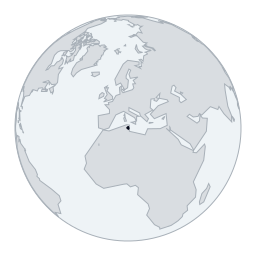 the Earth from above Kairouan, rotated 350°
{"feature_id": "TUN-118", "entity_name": "Kairouan", "entity_type": "Governorate", "adm_level": 1, "iso_a3": "TUN", "parent_name": "Tunisia", "parent_adm1": "", "projection": "orthographic", "projection_center": [9.864, 35.574], "detail": "fine", "context": "on_globe", "style": "filled", "palette": "ink", "viewbox_px": 256, "rotation_deg": 350, "n_neighbors": 0, "source": "natural_earth", "source_scale": "10m", "svg_char_len": 9799}
<svg xmlns="http://www.w3.org/2000/svg" viewBox="0 0 256 256"><g transform="rotate(350 128 128)"><circle cx="128" cy="128" r="113" fill="#eef3f6" stroke="#a8b0b8"/><path d="M70.5,31.2L74.5,29.1L71.4,30.8L73.7,29.7L77.7,27.6L79.8,26.6L93.0,22.2L106.6,18.6L109.8,17.5L109.9,18.0L115.2,16.2L121.9,15.5L115.0,16.4L114.8,16.6L119.7,16.0L120.5,16.2L123.4,16.1L124.0,16.5L119.9,17.2L120.2,17.6L123.6,17.2L126.4,17.5L121.3,18.0L125.6,18.7L119.6,20.8L105.5,22.9L102.8,25.4L90.0,31.3L91.8,31.5L88.1,34.2L88.8,35.5L86.2,36.5L89.0,36.7L91.2,35.6L93.1,35.4L93.8,36.1L90.6,37.4L89.8,37.2L89.2,38.0L87.4,38.4L88.6,38.7L84.7,40.4L89.4,39.9L87.0,42.2L84.2,43.0L83.4,41.4L74.9,40.2L71.8,41.0L68.2,43.6L63.7,51.4L60.7,53.2L57.4,56.7L59.6,56.3L62.9,53.5L66.0,53.8L69.7,50.6L71.5,50.4L75.7,47.9L76.2,50.1L74.4,53.6L71.0,55.9L70.1,57.6L74.3,57.1L68.7,63.2L66.6,70.7L65.1,72.3L60.4,72.0L58.0,67.5L51.9,68.2L57.0,69.7L53.0,74.1L52.8,75.7L53.7,76.8L55.6,76.0L54.5,78.0L49.1,77.0L50.0,75.1L51.7,75.4L50.6,73.5L46.9,73.3L45.1,75.8L41.4,73.8L40.1,75.6L38.5,76.4L40.8,73.5L36.6,78.8L31.9,79.0L26.1,88.7L30.6,78.7L31.4,75.5L31.9,72.7L30.9,74.1L33.0,69.1L32.5,68.6L29.2,73.9L33.6,66.5L38.6,59.5L44.1,52.9L50.0,46.7L56.4,41.0L63.3,35.8L70.5,31.2ZM24.6,83.2L23.5,86.2L24.5,84.4L24.0,87.0L20.9,93.3L19.5,100.3L17.7,106.2L16.8,111.3L16.9,113.3L16.8,118.0L17.9,116.2L19.2,117.6L18.0,123.1L19.6,120.0L19.7,124.5L22.9,131.1L22.3,131.8L24.9,143.9L29.6,152.8L30.7,158.1L29.9,159.8L32.0,162.6L32.0,164.3L42.0,174.8L48.6,182.8L49.3,188.1L45.8,191.0L47.0,200.6L41.8,198.5L43.5,201.8L44.3,203.4L39.0,197.0L34.2,190.3L29.9,183.3L26.1,176.0L22.8,168.4L20.2,160.6L18.1,152.6L16.6,144.5L15.7,136.3L15.4,128.0L15.8,125.3L16.6,117.0L16.7,114.4L16.3,115.6L17.6,106.0L19.3,98.8L20.8,93.5L24.6,83.2ZM24.4,91.5L22.9,102.6L22.1,99.4L22.6,99.3L23.3,95.8L24.1,91.0L23.9,88.7L24.4,91.5ZM27.3,89.4L27.5,87.9L27.6,89.0L27.3,89.4ZM80.5,26.1L77.7,27.6L73.8,29.6L76.0,28.3L80.5,26.1ZM88.1,23.1L87.0,23.7L84.6,24.4L86.0,23.8L88.1,23.1ZM111.8,16.8L109.4,17.2L111.5,16.8L111.8,16.8ZM123.7,16.0L124.1,15.9L125.4,16.0L123.7,16.0ZM75.1,47.0L75.4,47.5L74.5,47.6L75.1,47.0ZM76.7,45.5L75.5,45.4L76.0,44.7L76.8,44.8L76.7,45.5ZM127.5,16.6L129.4,16.9L126.7,16.7L127.5,16.6ZM78.1,45.9L77.2,43.5L78.2,42.4L81.9,41.8L78.1,45.9ZM130.1,17.1L134.8,18.0L136.2,17.7L134.9,19.3L131.3,17.9L127.8,17.6L130.0,17.5L130.1,17.1ZM91.6,34.9L89.3,36.2L90.7,34.5L91.6,34.9ZM92.0,33.9L93.5,29.6L97.3,28.4L96.0,29.9L100.4,28.0L101.5,29.4L99.4,30.9L96.7,31.3L99.2,31.6L92.0,33.9ZM133.5,20.2L134.0,20.7L132.7,20.4L133.5,20.2ZM94.0,35.2L94.0,34.3L97.2,33.1L97.9,34.6L96.6,34.5L94.0,35.2ZM101.0,26.8L103.6,26.3L105.2,27.3L106.4,27.3L101.9,29.4L101.0,26.8ZM96.2,35.1L98.2,35.4L97.2,36.7L94.3,35.9L96.2,35.1ZM97.8,32.2L99.4,31.8L98.7,32.5L97.8,32.2ZM94.8,41.8L94.7,40.6L96.4,39.8L94.8,41.8ZM99.0,35.5L99.3,35.0L99.9,34.6L101.0,35.1L99.0,35.5ZM103.3,30.0L103.4,30.6L105.2,29.2L106.5,30.1L103.3,31.4L105.2,31.2L105.6,31.4L102.5,32.2L103.3,30.0ZM104.0,34.5L100.4,36.7L100.2,38.9L98.7,39.6L99.2,35.9L104.0,34.5ZM103.4,33.1L103.4,34.1L101.6,34.3L100.4,33.8L103.4,33.1ZM108.5,30.3L107.4,28.6L108.1,28.4L108.5,30.3ZM104.3,35.1L105.2,34.6L104.6,35.2L104.3,35.1ZM107.7,31.6L107.2,31.0L108.0,30.8L107.7,31.6ZM107.4,34.1L106.2,34.7L105.4,34.4L107.4,34.1ZM107.8,32.9L109.1,32.8L105.8,33.8L107.4,32.7L107.8,32.9ZM108.5,31.5L108.9,31.2L108.6,31.8L108.5,31.5ZM111.3,35.3L107.3,36.8L105.4,35.8L109.5,34.5L111.3,35.3ZM237.9,103.4L238.9,108.3L238.5,106.4L237.6,106.5L239.2,114.0L240.0,115.7L240.1,116.7L240.5,121.7L240.5,121.8L239.9,117.4L239.6,117.3L238.4,111.1L235.6,104.3L235.7,108.9L234.5,105.4L230.7,101.4L230.2,108.0L230.1,124.0L232.1,133.6L231.2,140.0L225.0,130.7L221.3,122.6L219.7,125.4L212.8,121.3L202.8,128.1L200.9,126.2L199.1,128.7L194.2,128.5L190.9,125.2L188.2,126.9L196.8,135.2L199.6,133.5L201.2,127.7L203.1,131.1L207.8,132.2L204.6,144.8L188.9,161.2L186.4,154.3L169.6,137.4L169.6,134.8L169.5,134.5L169.3,134.1L168.7,138.5L165.5,134.9L175.4,147.8L177.5,153.8L188.6,161.7L187.8,163.3L191.1,164.3L200.6,157.1L200.9,159.6L197.0,172.8L183.0,192.4L184.4,200.5L182.5,207.8L172.7,214.9L172.4,219.4L167.2,222.2L166.1,224.7L161.3,228.0L153.6,231.4L141.8,233.1L141.9,231.3L137.3,227.8L131.3,217.0L135.2,211.1L134.6,206.3L125.9,195.3L127.9,188.5L125.3,185.7L120.2,186.4L117.2,182.8L114.0,182.6L93.6,183.2L86.9,177.6L77.7,160.9L81.0,155.5L80.8,148.1L103.1,125.6L108.8,127.6L127.4,124.5L129.9,125.4L128.8,131.5L143.6,137.7L147.2,132.2L159.6,134.2L167.1,132.2L168.0,120.4L155.6,123.4L152.4,118.3L161.6,111.3L172.3,109.0L171.4,107.0L163.8,104.1L165.4,99.5L161.0,102.8L163.4,104.5L160.8,106.7L158.4,105.4L159.1,103.7L155.6,103.5L153.4,112.0L155.6,114.6L147.0,117.6L149.8,122.3L147.8,125.1L142.3,118.1L142.1,115.2L132.5,108.0L131.8,111.3L140.9,118.4L138.5,118.1L137.6,123.0L136.3,119.0L126.6,110.8L118.3,113.0L109.2,124.7L104.0,125.4L99.0,122.7L100.8,110.7L112.2,110.5L113.0,106.7L109.4,101.1L113.2,101.7L113.1,99.5L117.3,99.2L121.9,93.9L126.0,93.3L126.6,86.6L128.8,85.5L127.8,89.7L129.2,92.4L139.1,91.0L140.7,89.4L140.3,85.4L143.1,85.7L141.4,82.0L146.6,79.5L138.9,79.5L138.3,75.2L140.7,71.5L139.1,70.1L135.2,76.3L134.8,78.8L136.7,80.9L134.6,88.3L131.4,89.8L128.5,82.4L123.7,83.9L123.5,77.8L134.3,64.3L139.4,61.3L150.4,64.9L149.9,67.7L145.7,67.8L150.7,71.5L149.7,69.3L152.0,69.8L152.0,66.1L153.6,66.3L150.8,62.7L152.8,62.5L154.5,64.7L156.1,59.6L160.0,58.5L159.5,57.3L158.0,56.3L163.9,55.7L163.3,54.9L161.2,54.7L158.7,53.0L156.5,49.9L158.6,49.9L159.7,51.0L165.2,53.5L167.7,56.7L168.4,56.4L166.7,53.6L160.0,50.5L158.1,48.7L161.4,49.7L160.0,49.2L159.7,48.3L161.5,47.5L157.9,46.2L151.9,37.4L154.7,35.2L158.3,36.9L156.4,31.7L159.6,30.2L157.7,30.0L155.4,27.7L154.3,28.1L153.2,27.9L146.9,23.0L147.1,22.1L142.2,20.3L141.2,20.3L140.7,20.8L134.9,19.3L136.2,17.7L138.4,17.8L137.7,16.9L142.9,17.5L146.9,17.8L153.1,19.3L155.7,19.6L155.1,19.3L158.2,19.7L166.7,22.2L162.5,21.6L150.3,19.4L155.5,20.2L155.1,20.6L157.4,21.3L161.1,22.0L161.0,21.8L170.8,26.7L181.1,31.4L178.5,29.0L179.6,29.0L189.0,33.7L204.7,46.0L206.4,47.2L208.4,49.2L211.1,52.0L208.3,49.2L208.4,49.8L206.4,47.9L209.7,52.0L207.0,49.6L210.9,54.2L212.5,55.3L210.6,52.4L215.2,57.8L216.8,58.9L220.1,63.2L227.8,75.8L231.0,83.0L231.8,84.9L231.5,84.9L233.4,90.6L236.1,96.2L236.3,97.1L237.9,103.4ZM96.6,138.2L96.3,140.5L96.6,138.2ZM184.6,112.3L190.4,110.1L186.1,104.2L188.0,103.0L185.9,101.6L185.8,103.9L180.3,99.7L182.3,96.6L180.7,93.8L178.7,94.5L176.1,101.0L183.9,106.8L183.2,110.3L184.6,112.3ZM23.0,131.3L23.3,133.1L22.6,132.1L23.0,131.3ZM21.2,101.1L21.3,102.6L21.1,104.1L20.8,103.3L21.2,101.1ZM23.9,112.9L24.4,115.0L23.6,113.7L23.9,112.9ZM22.9,104.2L23.5,111.5L21.9,109.8L21.6,105.3L22.3,107.1L22.9,104.2ZM25.6,91.7L25.5,92.9L25.0,93.6L25.6,91.7ZM27.4,90.2L27.3,89.9L27.8,88.7L27.4,90.2ZM53.3,74.1L53.7,74.3L54.2,75.7L53.2,75.6L53.3,74.1ZM61.1,78.6L59.2,81.8L59.9,79.4L58.1,79.9L57.4,75.6L64.3,72.9L61.3,74.8L61.1,78.6ZM58.3,69.5L58.0,72.2L58.1,69.3L58.3,69.5ZM108.7,88.6L110.5,90.0L109.5,92.5L104.4,94.1L105.8,90.4L108.7,88.6ZM113.3,91.5L111.8,84.1L114.9,83.0L113.4,84.8L115.7,84.9L113.8,87.8L118.3,94.4L117.7,97.0L108.5,98.1L111.9,96.1L109.9,94.8L113.3,91.5ZM102.5,69.5L101.9,66.9L109.4,67.9L109.1,70.2L104.0,71.7L101.3,69.9L102.5,69.5ZM85.0,45.5L84.2,45.0L85.1,44.6L86.4,44.7L85.0,45.5ZM94.6,41.3L89.0,47.7L87.9,47.3L86.0,51.8L82.3,52.7L83.7,49.7L79.4,53.9L79.1,51.5L76.6,54.6L80.0,47.8L79.7,46.0L81.5,47.6L84.9,46.8L86.2,45.9L89.8,42.3L90.7,38.4L94.2,37.3L96.4,37.5L96.7,38.2L94.4,38.7L96.5,39.3L93.3,40.6L94.6,41.3ZM120.7,44.3L117.8,43.9L121.6,46.6L118.4,47.4L119.1,47.7L117.2,49.3L116.0,51.7L114.4,51.8L114.6,52.7L113.3,53.9L113.1,55.3L110.2,56.0L109.7,57.7L108.6,57.1L108.4,60.0L107.2,58.2L105.5,59.7L107.6,60.7L92.3,62.3L86.9,64.8L83.0,68.1L81.4,64.8L84.0,59.8L88.8,54.8L94.3,52.9L92.6,51.9L94.7,50.8L95.1,52.1L95.7,49.5L97.6,49.0L101.8,45.3L101.4,42.3L103.0,41.0L104.0,41.9L104.8,40.0L107.9,41.0L109.1,40.1L113.3,40.4L114.7,42.9L115.9,41.8L119.2,42.1L120.7,44.3ZM112.4,35.5L114.8,38.0L114.3,39.8L107.2,38.7L105.7,39.3L101.1,38.9L102.0,36.4L103.2,36.7L104.6,36.5L103.8,37.3L105.5,36.5L107.3,36.9L109.1,36.4L109.3,37.3L112.4,35.5ZM132.2,122.9L134.0,123.0L136.7,122.5L136.2,125.7L132.2,122.9ZM125.5,117.4L127.0,116.9L127.7,120.9L125.8,120.9L125.5,117.4ZM127.3,113.4L127.1,116.6L126.1,114.9L127.3,113.4ZM129.1,89.1L130.7,88.4L131.1,89.4L130.5,90.9L129.1,89.1ZM131.2,53.6L129.7,52.9L130.0,52.3L128.2,49.6L130.4,49.0L132.4,50.4L131.2,53.6ZM166.3,122.9L164.4,125.6L163.1,124.9L164.0,124.1L166.3,122.9ZM149.9,126.2L153.9,127.0L149.7,127.1L149.9,126.2ZM133.4,52.5L132.4,51.4L134.1,51.8L133.4,52.5ZM131.9,48.4L133.9,48.5L130.5,48.6L131.9,48.4ZM198.7,200.1L189.8,213.9L185.4,215.8L185.5,213.1L189.4,205.4L194.9,201.2L197.8,196.7L198.7,200.1ZM240.6,128.9L239.8,124.4L240.1,122.3L240.5,122.9L240.6,128.9ZM232.5,134.2L234.3,138.0L233.6,140.2L232.5,134.2ZM232.9,87.4L233.6,89.4L233.0,88.2L231.9,84.9L232.9,87.4ZM150.8,47.2L150.9,51.5L152.4,54.6L155.5,56.1L151.1,56.0L148.8,51.2L150.8,47.2ZM151.6,38.5L148.8,37.5L149.9,36.9L150.7,37.1L151.6,38.5ZM149.9,38.6L146.7,39.3L145.1,38.1L148.0,37.8L149.9,38.6ZM140.1,45.5L140.0,46.8L138.6,46.4L140.1,45.5ZM191.6,35.0L186.5,31.8L184.8,30.8L191.6,35.0ZM184.5,30.6L185.3,31.2L178.2,28.4L176.2,27.6L180.5,28.6L181.4,29.2L183.5,30.3L184.5,30.6ZM135.0,20.5L134.1,20.6L134.3,20.3L135.0,20.5ZM152.7,28.2L151.2,27.8L151.5,27.2L152.7,28.2ZM147.2,26.4L147.9,27.3L146.3,26.4L147.2,26.4ZM149.7,29.4L147.8,27.7L150.9,29.3L149.7,29.4Z" fill="#d9dde1" stroke="#a8b0b8" stroke-width="1"/><path d="M128.5,126.9L128.5,127.0L128.6,127.3L128.5,127.5L128.7,127.9L128.7,128.0L128.6,128.3L128.5,128.5L128.6,128.8L128.4,128.9L128.3,129.0L128.2,128.8L127.9,128.8L127.7,128.7L127.4,128.4L127.4,128.2L127.1,127.8L127.1,127.7L127.3,127.7L127.4,127.4L127.8,127.0L128.0,127.0L128.3,127.1L128.4,126.9L128.5,126.9Z" fill="#0f172a" stroke="#020617" stroke-width="1.5"/></g></svg>